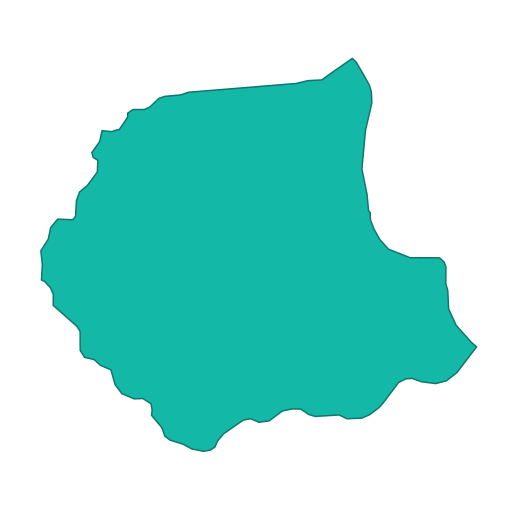 the district of Cabricán, Quezaltenango, Guatemala, rotated 357°
{"feature_id": "79465075B20493832744336", "entity_name": "Cabricán", "entity_type": "district", "adm_level": 2, "iso_a3": "GTM", "parent_name": "Guatemala", "parent_adm1": "Quezaltenango", "projection": "albers", "projection_center": [-91.651, 15.106], "detail": "fine", "context": "isolated", "style": "filled", "palette": "teal", "viewbox_px": 512, "rotation_deg": 357, "n_neighbors": 0, "source": "geoboundaries", "source_scale": "gbopen_adm2", "svg_char_len": 1491}
<svg xmlns="http://www.w3.org/2000/svg" viewBox="0 0 512 512"><g transform="rotate(357 256 256)"><path d="M471.5,358.3L466.2,353.1L459.7,345.0L452.3,335.8L445.6,318.9L445.7,300.6L444.1,293.6L445.1,276.7L443.6,272.0L440.6,268.9L438.9,267.4L409.6,265.7L388.6,256.1L380.6,246.1L375.3,235.4L372.2,226.0L372.3,218.5L370.8,217.0L370.1,200.1L366.3,174.8L371.9,136.3L379.7,109.2L379.8,98.5L378.3,91.6L373.1,81.0L366.2,67.6L362.5,63.7L339.5,78.0L330.9,83.6L317.1,83.6L305.2,85.8L197.5,88.9L188.9,91.2L173.2,91.8L167.5,93.4L157.7,101.7L152.0,103.9L140.8,103.3L135.4,106.6L135.1,110.6L131.3,115.8L129.6,118.0L126.0,122.6L122.5,123.0L118.7,124.3L108.8,122.8L105.9,133.5L97.5,144.1L98.6,149.1L103.1,152.1L101.9,163.9L91.3,176.7L83.1,182.9L79.6,191.3L77.9,206.7L75.2,210.2L59.9,208.8L52.5,216.8L49.4,228.3L41.4,239.6L42.2,253.3L40.5,268.7L43.5,270.3L49.0,276.9L51.6,283.5L50.9,294.7L73.4,316.8L76.4,322.1L75.5,341.1L79.5,348.2L89.0,351.0L95.0,357.1L105.2,362.1L108.5,376.9L115.0,386.6L127.0,392.3L135.5,392.4L143.4,398.0L144.2,404.3L143.4,409.7L152.9,422.3L155.6,431.2L160.5,435.4L172.8,439.9L181.6,445.2L193.3,448.3L200.4,447.4L205.0,444.6L207.9,438.8L214.4,431.8L234.7,419.2L242.1,418.2L250.2,422.2L260.6,421.3L274.1,412.2L284.2,410.6L292.7,411.2L300.3,417.0L306.8,419.3L330.6,419.1L338.4,423.3L353.3,423.4L361.0,420.5L370.7,414.0L375.2,409.5L391.8,389.8L399.1,386.5L405.5,386.4L414.9,390.3L428.8,392.8L439.7,390.6L450.6,382.9L471.5,358.3Z" fill="#14b8a6" stroke="#0f766e" stroke-width="1.5"/></g></svg>